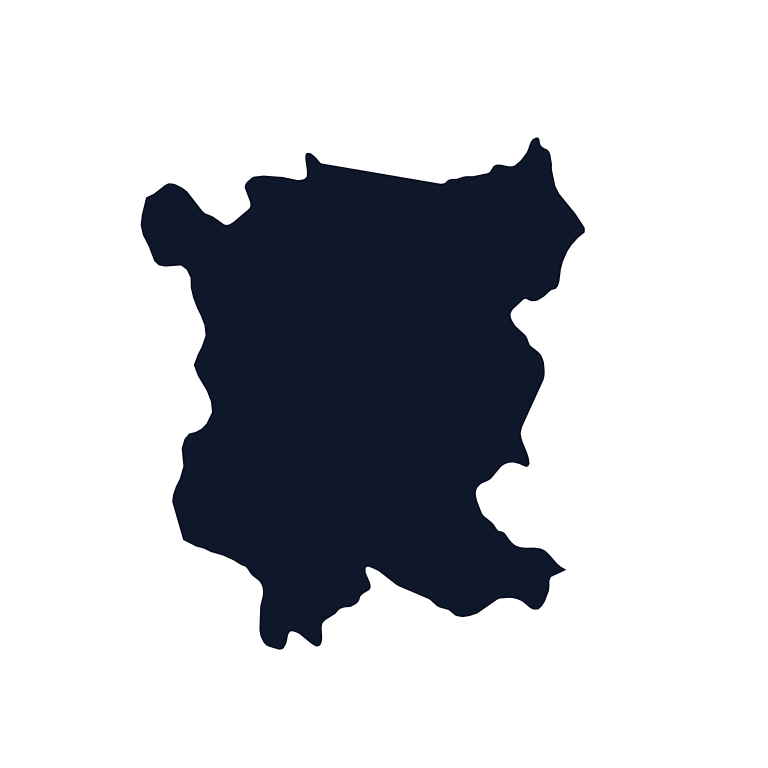 an SVG outline of Prachin Buri, rotated 158°
{"feature_id": "THA-410", "entity_name": "Prachin Buri", "entity_type": "Province", "adm_level": 1, "iso_a3": "THA", "parent_name": "Thailand", "parent_adm1": "", "projection": "equal_earth", "projection_center": [101.594, 14.089], "detail": "fine", "context": "isolated", "style": "filled", "palette": "ink", "viewbox_px": 768, "rotation_deg": 158, "n_neighbors": 0, "source": "natural_earth", "source_scale": "10m", "svg_char_len": 4251}
<svg xmlns="http://www.w3.org/2000/svg" viewBox="0 0 768 768"><g transform="rotate(158 384 384)"><path d="M150.9,554.8L149.5,554.3L149.0,553.1L149.9,549.2L150.1,546.5L148.6,543.3L147.3,541.7L145.2,539.5L144.7,537.7L144.5,535.1L146.6,525.2L147.6,523.1L148.5,520.8L148.8,519.7L151.8,503.1L151.0,494.6L143.4,470.1L140.2,453.8L140.7,452.2L141.7,450.0L149.6,447.6L158.4,443.3L165.0,438.7L172.9,430.9L177.6,424.6L183.4,414.2L186.3,410.5L189.2,408.7L193.4,409.2L197.1,408.2L202.9,405.9L209.6,404.7L211.4,404.8L213.6,405.3L215.5,406.1L216.9,407.0L218.0,408.2L219.8,410.3L221.4,411.0L223.3,410.8L236.7,405.7L239.5,403.7L241.3,401.5L241.9,399.6L242.2,398.1L242.3,395.7L242.0,393.1L241.7,390.7L241.1,388.3L235.4,376.2L234.9,373.9L234.8,371.1L235.0,368.5L235.0,365.7L234.3,363.8L229.9,356.2L228.3,352.1L228.1,348.6L228.4,344.2L230.9,336.0L232.7,332.0L235.1,328.6L272.1,293.5L274.9,289.9L276.7,286.8L277.7,281.2L277.9,278.2L277.8,267.8L278.2,261.6L279.5,256.2L281.3,254.5L282.9,254.5L288.4,260.1L293.3,263.6L297.5,264.9L299.8,265.2L302.0,265.2L306.3,264.4L320.4,256.9L322.5,256.4L324.6,256.1L329.3,256.1L332.3,255.7L336.9,253.5L339.1,251.2L340.5,248.8L341.8,243.9L342.2,240.9L342.5,228.7L342.2,226.0L341.4,223.7L336.3,214.5L335.5,212.1L334.5,206.9L333.7,204.9L332.2,203.6L330.6,202.6L329.2,201.2L328.4,199.3L326.6,191.7L325.7,189.4L324.8,187.4L323.8,185.5L322.5,183.9L319.5,181.2L314.1,178.3L306.3,175.3L302.6,173.3L301.0,172.2L298.1,169.4L297.1,167.6L295.2,163.4L291.4,152.4L289.3,148.3L286.1,144.1L301.8,143.3L303.5,141.8L305.4,139.4L306.7,135.6L309.1,131.0L317.0,122.5L321.1,119.6L325.1,118.0L327.4,118.6L329.4,119.5L330.8,120.8L332.0,122.5L336.2,130.3L337.3,131.9L340.2,134.8L343.4,137.3L347.6,139.5L356.4,142.4L359.6,142.5L383.4,137.1L391.5,137.6L397.9,139.0L402.6,141.9L404.1,143.2L408.2,150.8L415.6,156.5L417.4,158.5L421.3,166.6L422.4,168.3L445.2,191.2L447.6,194.3L458.4,213.0L462.4,217.4L466.2,221.1L468.7,221.7L470.5,220.9L471.5,218.8L472.3,216.4L472.4,213.6L472.2,205.2L472.6,202.6L473.4,200.6L475.0,199.2L480.8,198.4L483.1,197.8L485.1,197.0L486.7,195.8L487.9,194.1L489.7,192.4L492.8,191.2L498.4,190.6L504.5,192.5L508.2,192.7L510.4,192.5L515.4,189.9L526.7,187.9L528.7,187.2L530.4,186.3L531.9,185.1L532.9,183.3L534.0,181.3L536.3,174.3L537.3,171.7L538.6,169.2L541.1,166.5L543.2,166.2L544.9,166.8L546.2,168.3L548.6,171.9L554.9,183.4L556.3,185.5L558.2,187.4L561.0,189.7L563.3,190.4L565.2,189.8L566.7,188.6L568.1,187.0L571.7,181.4L573.6,179.4L576.9,177.1L579.0,177.2L580.8,177.9L588.6,184.2L590.1,185.8L591.1,187.8L591.8,190.2L592.2,195.7L591.8,198.5L591.3,201.0L590.6,203.2L581.3,224.0L575.2,232.4L573.2,236.5L572.5,238.9L572.0,241.5L572.0,244.3L572.4,246.9L573.1,249.1L576.4,254.5L577.4,256.4L578.1,258.8L579.1,264.1L579.9,266.3L580.9,267.7L582.5,269.0L584.2,270.8L588.9,277.3L597.3,286.1L606.8,293.5L612.2,299.5L618.5,304.2L627.8,314.9L623.7,354.0L620.4,360.0L614.7,366.5L608.3,372.1L600.1,382.6L595.0,399.8L589.0,407.2L583.0,410.3L576.7,409.3L569.8,410.1L563.0,413.1L553.3,421.9L550.3,432.3L550.1,444.3L552.8,461.3L552.5,472.5L545.3,480.4L538.6,486.2L530.6,495.3L527.7,505.7L527.5,515.9L528.1,524.4L527.9,535.2L526.4,545.2L522.8,554.7L523.3,564.0L527.2,570.6L542.2,575.4L547.7,578.8L550.2,584.2L549.9,599.6L551.0,612.6L549.3,622.4L544.3,631.5L534.2,645.4L525.7,645.9L512.9,649.6L510.8,649.9L508.7,650.0L506.0,648.8L503.1,646.7L498.5,641.6L496.4,638.4L494.9,635.5L488.3,612.1L487.3,610.0L486.1,608.2L483.2,605.7L480.4,602.8L473.4,592.0L472.1,590.5L470.1,589.5L467.3,589.1L462.9,589.9L443.8,596.1L442.1,597.0L440.7,598.5L439.7,600.6L439.2,603.4L438.9,617.9L438.0,619.7L436.7,621.0L435.0,622.0L429.1,624.1L426.9,624.2L418.0,621.7L400.7,613.2L387.6,604.4L381.9,603.1L379.3,603.6L377.3,604.9L376.3,606.7L374.6,611.3L372.1,621.3L371.3,623.5L370.5,625.1L369.8,625.8L369.4,626.2L368.9,626.3L367.8,625.9L366.0,624.7L363.9,621.2L362.8,618.6L361.2,613.7L360.3,611.6L256.6,547.6L252.7,546.7L250.9,547.2L249.2,548.0L246.9,548.4L244.0,547.8L239.8,546.2L233.9,545.9L230.2,545.2L223.9,542.6L208.6,539.8L206.4,540.2L204.9,541.1L201.5,543.6L199.9,544.5L197.0,544.3L193.5,542.7L186.9,538.2L183.3,537.0L180.5,536.9L172.9,539.5L164.4,544.7L161.6,547.5L158.9,550.8L156.1,553.4L154.5,554.3L152.8,554.7L150.9,554.8Z" fill="#0f172a" stroke="#020617" stroke-width="1.5"/></g></svg>